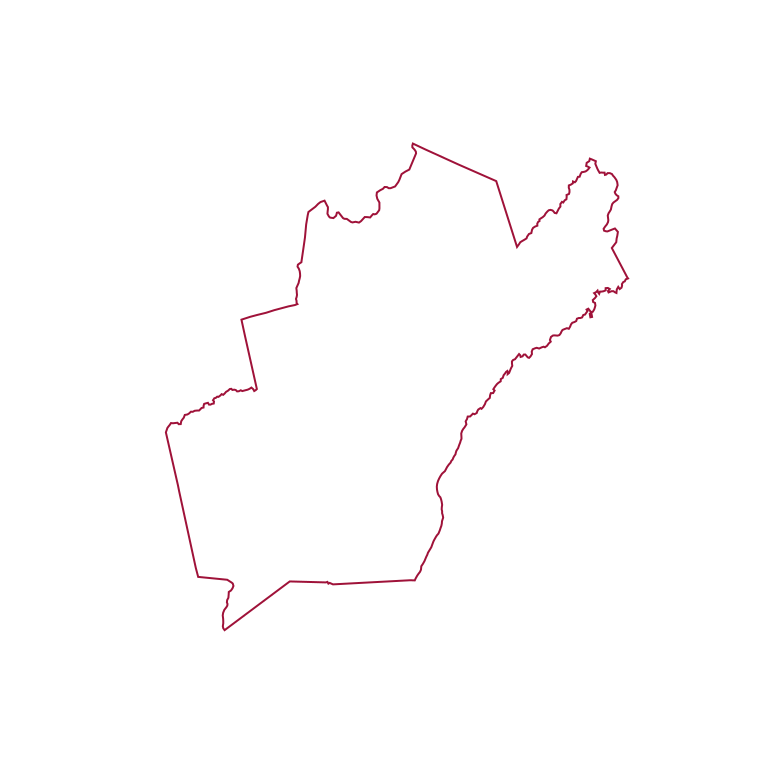 Barra do Corda, Maranhão, Brazil, rotated 24°
{"feature_id": "56859067B55927222029578", "entity_name": "Barra do Corda", "entity_type": "district", "adm_level": 2, "iso_a3": "BRA", "parent_name": "Brazil", "parent_adm1": "Maranhão", "projection": "equal_earth", "projection_center": [-45.09, -5.51], "detail": "fine", "context": "isolated", "style": "outline", "palette": "rose", "viewbox_px": 768, "rotation_deg": 24, "n_neighbors": 0, "source": "geoboundaries", "source_scale": "gbopen_adm2", "svg_char_len": 6158}
<svg xmlns="http://www.w3.org/2000/svg" viewBox="0 0 768 768"><g transform="rotate(24 384 384)"><path d="M544.3,234.4L545.4,233.0L545.7,230.2L545.5,228.3L545.2,226.3L543.8,224.1L541.7,224.0L540.6,222.4L541.8,219.6L542.3,217.4L540.6,216.2L539.0,215.5L540.4,213.8L541.1,211.8L542.3,213.2L543.9,214.1L543.7,211.8L545.3,211.0L546.8,210.0L548.4,208.3L547.5,206.3L549.4,205.2L551.6,205.4L550.8,208.0L551.9,209.0L554.1,206.7L555.9,205.9L557.8,206.3L559.3,206.3L558.7,204.5L558.2,202.9L558.5,200.0L560.7,201.4L561.8,199.4L561.5,197.3L560.7,196.0L561.1,193.6L562.2,192.3L562.3,190.0L564.0,188.3L562.8,187.6L536.8,167.1L538.5,160.0L537.8,157.9L537.3,156.3L536.9,154.0L536.4,152.1L535.8,149.9L531.7,148.0L529.4,150.3L526.1,153.7L524.7,154.2L522.7,154.4L521.5,152.9L522.0,150.1L522.7,147.6L522.8,145.0L522.3,143.1L519.9,139.1L519.7,136.7L520.1,134.3L520.3,132.3L519.6,129.1L519.3,126.8L519.8,124.9L522.1,120.9L522.5,118.8L521.7,117.2L519.7,116.9L517.9,116.0L516.7,114.8L517.0,112.7L516.8,110.5L516.6,107.4L514.9,104.7L513.4,103.2L512.0,102.3L510.3,101.3L508.4,100.5L506.9,99.5L504.6,99.5L502.5,100.4L501.9,102.2L500.8,103.1L499.5,101.2L498.3,101.8L496.3,102.5L495.1,103.4L492.5,101.5L491.2,100.4L487.5,96.9L486.9,94.3L482.3,94.3L480.4,94.4L480.9,96.9L479.2,99.5L480.0,102.6L481.9,102.5L483.7,102.7L483.3,104.5L482.7,106.1L481.7,107.8L480.2,109.0L478.5,110.1L478.2,112.1L478.4,115.1L476.9,115.9L476.9,120.5L476.3,122.1L474.3,122.1L474.9,123.9L473.6,125.9L472.1,127.4L473.0,129.6L474.4,131.1L475.4,133.3L475.7,135.1L473.9,137.1L474.8,138.8L475.5,141.1L474.4,142.6L473.9,145.3L472.5,145.2L471.9,147.9L473.0,150.2L472.4,152.6L472.1,157.9L470.3,158.3L469.1,157.6L467.4,156.9L465.3,157.2L463.8,158.3L463.1,159.9L462.3,162.5L462.1,164.9L461.1,167.1L460.1,168.6L459.0,170.4L459.8,171.9L458.9,173.2L458.8,175.2L459.7,177.0L458.0,178.7L456.7,180.7L456.5,182.9L457.2,186.2L455.4,188.0L454.8,191.2L455.0,193.0L453.6,195.1L452.0,197.3L450.8,199.1L450.6,200.8L449.8,204.7L404.0,153.0L362.9,153.2L326.2,152.9L312.6,152.6L312.9,154.7L313.7,156.3L316.0,157.2L317.3,157.9L318.6,158.8L319.5,160.3L319.9,177.8L317.2,181.2L314.7,185.1L315.0,191.1L314.9,193.8L313.8,199.0L310.4,202.4L308.7,203.2L306.6,202.9L304.4,203.8L303.6,206.2L301.8,208.4L299.6,211.9L300.5,214.8L302.5,217.5L306.0,220.1L308.4,225.4L308.9,227.2L307.9,231.5L306.5,232.8L305.0,233.1L304.4,234.7L303.6,237.5L301.2,238.2L298.5,239.3L296.8,244.5L295.5,246.7L292.0,247.4L289.5,249.2L287.9,249.4L282.9,248.3L280.6,249.2L279.1,249.1L272.7,245.7L271.3,246.7L271.8,249.8L270.3,253.0L267.1,253.9L265.6,253.4L263.1,251.5L262.2,248.9L261.7,247.2L260.8,245.2L259.4,244.2L255.1,240.7L252.0,243.6L250.6,246.2L249.2,250.0L245.0,257.6L245.7,261.0L248.0,269.9L252.2,282.3L255.1,292.5L259.0,306.4L258.0,307.9L256.8,310.0L257.3,312.0L259.3,313.3L261.1,315.2L262.4,317.3L263.5,319.5L264.0,321.7L264.4,324.2L264.9,326.4L264.9,332.0L266.4,334.5L267.2,336.1L268.3,338.0L268.8,340.1L269.0,342.1L270.2,343.5L271.2,345.5L272.4,346.2L270.5,348.1L265.2,351.9L253.7,361.2L247.3,366.9L240.2,372.4L234.5,377.0L227.6,383.2L237.5,396.7L269.9,440.3L269.3,441.8L268.3,443.2L266.6,441.9L264.3,441.2L263.2,443.0L261.8,444.6L257.4,448.1L255.7,448.0L254.3,449.7L252.8,450.5L251.0,449.8L249.5,450.1L247.9,451.1L246.5,450.5L245.2,451.3L244.2,453.6L242.9,455.4L242.3,457.5L241.5,459.3L239.8,459.3L239.1,461.2L238.0,463.1L236.8,463.4L235.9,465.2L234.8,466.0L234.4,468.4L235.8,469.1L236.4,471.1L234.9,472.1L233.9,473.4L232.5,474.0L230.8,472.8L229.2,474.1L227.8,475.3L228.0,477.1L228.7,478.9L227.1,480.1L225.9,483.4L223.4,484.6L221.9,485.5L220.6,487.2L218.9,487.8L217.9,490.2L216.8,491.8L214.6,493.3L214.8,496.2L214.2,498.6L213.9,500.5L214.6,503.3L212.8,504.2L211.1,503.4L209.2,504.5L207.2,505.7L205.3,506.3L204.9,508.6L204.4,510.4L204.0,512.2L204.4,516.9L237.0,560.4L240.4,565.2L286.9,628.6L292.7,635.8L320.4,626.6L325.7,627.4L327.0,627.8L328.6,629.7L328.7,632.4L328.2,634.9L326.8,637.1L327.8,639.7L328.8,642.6L328.6,645.2L329.3,647.4L330.5,648.6L331.0,650.2L330.8,652.0L330.0,655.2L330.1,658.4L330.8,661.0L332.6,664.0L333.6,666.0L334.5,668.0L335.3,670.9L336.6,672.6L338.5,673.7L378.2,602.7L411.6,588.9L412.8,587.8L414.4,589.0L415.3,587.8L418.9,587.8L487.8,552.6L492.0,550.9L492.0,548.7L492.3,545.5L492.7,543.4L493.3,540.9L493.3,538.6L492.2,535.3L492.7,532.5L493.0,529.4L492.9,524.6L493.0,522.3L492.8,520.3L493.6,513.9L493.4,511.1L493.2,507.7L493.3,505.7L493.6,502.6L493.9,500.7L494.6,498.5L494.5,495.1L494.2,492.1L494.1,490.3L493.6,488.0L492.8,485.8L492.4,482.0L490.8,479.7L489.7,478.5L488.8,476.5L487.7,475.1L486.9,473.0L486.3,470.8L484.5,468.0L483.1,466.2L481.6,464.6L479.8,463.8L478.2,462.7L476.6,460.7L475.3,458.8L474.0,456.3L473.2,453.7L472.8,450.7L472.8,448.1L473.0,445.4L473.5,442.3L475.1,438.8L475.4,434.2L476.0,431.2L476.8,428.8L476.8,426.8L477.4,425.1L477.3,423.0L477.5,421.0L477.9,419.3L477.5,417.3L477.3,415.4L477.8,412.5L477.5,409.2L477.4,406.6L477.1,404.5L477.1,402.6L476.4,401.1L474.7,397.8L474.4,395.0L474.7,392.7L475.2,390.9L475.7,387.4L473.8,384.9L474.1,382.2L473.7,379.7L475.9,378.6L477.3,374.9L479.0,374.8L480.5,372.8L480.3,370.9L480.5,369.0L481.9,366.8L483.2,367.0L484.0,364.7L484.4,361.4L484.2,358.5L485.4,355.6L486.3,353.7L485.5,351.1L485.3,348.9L487.4,347.9L487.7,345.0L486.0,344.3L486.3,342.3L486.8,339.9L487.3,338.0L488.1,336.3L489.5,334.1L488.7,332.0L490.0,330.1L489.7,327.3L490.3,325.1L490.6,323.3L491.4,321.9L492.4,322.9L493.0,324.6L493.8,323.0L493.6,318.3L493.8,315.2L492.6,313.3L491.7,311.3L492.2,309.5L493.6,308.1L495.2,301.7L496.7,302.3L497.8,303.7L499.3,302.4L499.7,300.3L501.1,299.6L502.6,300.3L504.5,301.2L505.9,301.1L506.6,299.3L507.0,296.5L505.8,294.3L505.7,291.8L507.5,289.9L508.8,288.8L511.3,288.5L513.2,286.3L514.7,285.0L516.1,285.0L517.4,282.8L518.0,280.0L519.1,277.5L517.7,276.3L517.4,273.1L518.6,271.0L519.8,270.3L522.9,269.2L524.3,268.0L524.8,265.9L524.8,263.8L525.1,262.0L526.5,260.5L528.4,258.6L530.4,258.4L530.7,256.0L530.6,253.5L531.1,251.5L532.8,249.9L534.0,248.3L533.7,245.9L535.2,244.4L536.5,243.9L537.9,242.6L538.0,239.9L539.4,238.8L540.2,234.6L538.8,233.6L540.0,232.1L541.7,233.0L544.3,234.4ZM544.3,234.4L543.4,236.2L545.4,239.1L546.8,238.1L544.3,234.4Z" fill="none" stroke="#9f1239" stroke-width="2"/></g></svg>